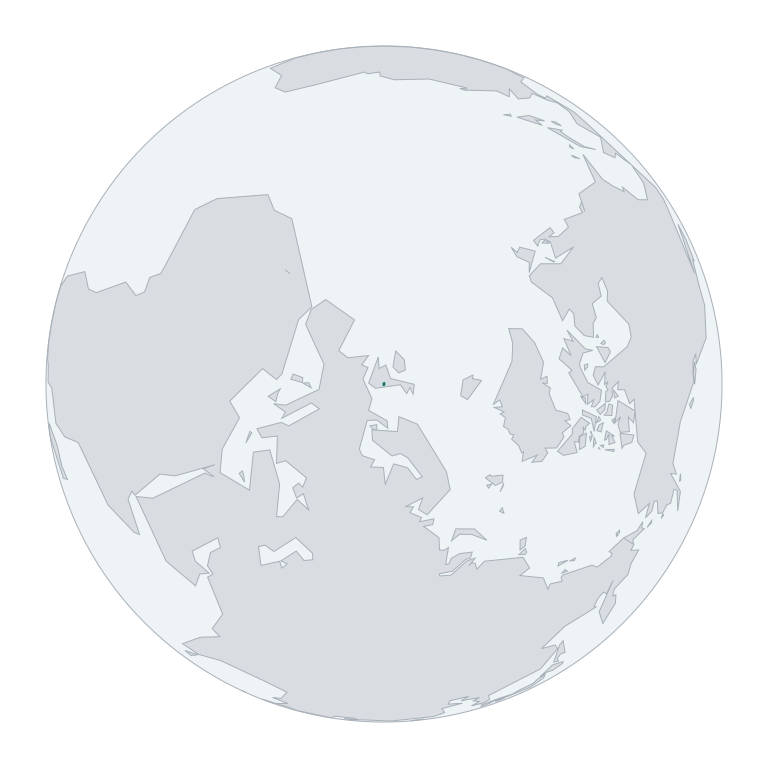 globe centered on North Lincolnshire, rotated 123°
{"feature_id": "GBR-2057", "entity_name": "North Lincolnshire", "entity_type": "Unitary Authority", "adm_level": 1, "iso_a3": "GBR", "parent_name": "United Kingdom", "parent_adm1": "", "projection": "orthographic", "projection_center": [-0.607, 53.583], "detail": "fine", "context": "on_globe", "style": "filled", "palette": "teal", "viewbox_px": 768, "rotation_deg": 123, "n_neighbors": 0, "source": "natural_earth", "source_scale": "10m", "svg_char_len": 10938}
<svg xmlns="http://www.w3.org/2000/svg" viewBox="0 0 768 768"><g transform="rotate(123 384 384)"><circle cx="384" cy="384" r="338" fill="#eef3f6" stroke="#a8b0b8"/><path d="M54.1,457.0L52.5,449.4L52.5,444.4L50.9,433.4L56.1,433.8L57.5,412.9L56.4,404.3L53.6,404.3L52.4,372.5L55.6,352.3L71.2,263.4L77.0,249.9L83.6,239.7L122.0,183.7L90.0,224.4L98.6,209.2L111.7,191.1L111.9,192.6L130.9,172.2L143.2,158.1L169.9,138.9L197.4,132.9L188.9,139.0L196.5,137.4L207.7,130.0L213.2,125.5L254.5,114.8L293.3,98.4L300.3,89.7L302.9,94.9L312.7,76.9L330.4,68.6L313.5,80.3L314.3,83.5L327.8,78.7L331.5,81.0L340.2,80.2L343.4,83.7L333.3,91.0L335.2,93.5L344.7,90.1L353.9,91.8L339.6,96.4L354.2,100.2L340.0,114.5L299.3,126.5L294.5,139.6L260.6,166.0L266.7,167.3L257.8,179.0L261.5,185.0L254.2,188.8L263.5,190.5L269.5,185.9L275.6,185.3L278.4,188.6L269.5,193.8L266.8,192.9L265.6,196.2L260.0,197.5L264.4,198.7L253.3,205.1L268.2,203.9L262.7,213.3L254.3,216.1L250.0,209.1L220.0,200.3L210.1,202.2L200.5,211.2L192.9,241.9L184.2,247.2L176.0,259.3L183.1,259.1L192.0,249.7L203.2,253.1L212.9,241.9L218.8,241.9L230.7,233.7L234.3,242.4L231.4,255.6L221.7,263.1L220.1,269.4L233.7,268.7L219.9,289.7L218.2,316.1L214.0,321.1L197.9,318.2L186.8,301.1L166.0,299.8L184.9,308.7L174.2,322.0L174.7,327.8L178.4,332.0L184.6,330.2L182.1,336.8L162.5,329.9L164.5,323.8L170.7,325.8L165.3,318.2L152.1,314.7L147.7,322.4L132.2,311.0L128.9,316.5L123.7,317.5L130.0,309.3L118.3,324.2L99.5,316.7L83.1,342.2L93.3,312.2L93.3,299.7L91.9,287.4L89.0,291.2L91.0,271.2L86.0,263.3L74.2,275.6L65.5,295.5L64.3,315.5L68.5,313.6L70.3,326.0L59.1,336.7L60.6,364.0L54.7,377.0L53.8,391.9L57.0,401.8L59.5,417.9L64.8,417.6L71.7,426.6L68.3,439.4L74.9,435.5L76.9,449.2L92.8,475.1L90.7,476.0L103.6,512.2L123.2,541.0L127.7,554.9L124.8,557.7L132.8,566.7L133.0,570.3L169.9,604.0L192.9,625.8L194.9,636.7L181.0,637.9L181.1,651.2L159.7,636.5L160.8,637.7L143.6,621.4L127.5,604.0L112.7,585.5L99.3,566.0L87.2,545.6L76.6,524.3L67.5,502.4L60.0,480.0L54.1,457.0ZM77.9,348.7L80.0,386.6L74.1,372.8L76.1,373.6L76.5,362.2L75.8,345.2L72.0,334.0L77.9,348.7ZM89.3,348.1L88.5,342.5L89.9,347.0L89.3,348.1ZM215.0,123.3L207.5,129.7L196.0,135.9L201.9,130.2L215.0,123.3ZM237.3,113.4L234.9,116.6L226.6,117.1L230.6,115.0L237.3,113.4ZM304.5,83.3L297.7,86.5L303.0,82.7L304.5,83.3ZM340.8,79.5L341.6,78.0L345.8,78.3L340.8,79.5ZM228.0,229.5L229.3,231.6L226.4,232.0L228.0,229.5ZM231.9,224.2L227.5,223.3L228.8,220.6L231.4,221.2L231.9,224.2ZM354.5,84.0L361.0,85.3L352.6,85.2L354.5,84.0ZM236.9,226.1L231.5,216.1L233.7,211.6L245.6,210.3L236.9,226.1ZM363.6,86.9L379.4,90.5L382.5,87.2L382.7,99.2L369.2,91.8L358.4,92.0L364.3,89.6L363.6,86.9ZM270.2,183.1L264.0,188.1L266.6,180.9L270.2,183.1ZM270.4,178.7L269.9,158.9L280.6,153.6L278.6,161.1L290.3,152.3L295.8,159.4L290.6,165.8L282.6,167.7L290.7,169.1L270.4,178.7ZM380.3,105.5L382.6,107.7L378.3,106.8L380.3,105.5ZM278.3,184.5L277.2,180.7L286.4,175.8L290.2,182.4L286.0,181.9L278.3,184.5ZM290.7,146.6L298.2,144.4L304.7,149.5L308.4,149.4L296.8,159.1L290.7,146.6ZM285.3,184.7L291.8,186.0L290.0,191.4L279.9,187.8L285.3,184.7ZM287.2,171.9L291.7,169.9L290.4,173.1L287.2,171.9ZM287.3,212.2L285.9,207.5L290.5,204.4L287.3,212.2ZM294.4,186.1L295.0,184.3L296.6,182.6L300.5,184.7L294.4,186.1ZM302.2,162.2L303.3,164.9L307.3,158.4L312.3,162.3L303.6,168.2L309.4,167.3L311.0,168.5L302.2,172.0L302.2,162.2ZM309.3,181.9L300.0,191.4L301.8,200.6L297.7,203.5L295.7,188.1L309.3,181.9ZM305.9,175.8L307.1,180.2L301.4,181.3L297.1,179.0L305.9,175.8ZM318.8,162.9L313.4,155.4L315.4,154.4L318.8,162.9ZM311.0,184.4L313.2,182.1L311.7,184.9L311.0,184.4ZM317.6,169.1L315.4,166.5L317.9,165.5L317.6,169.1ZM319.4,179.8L316.4,182.8L313.4,181.2L319.4,179.8ZM319.5,174.7L323.4,173.9L314.1,178.9L318.1,173.7L319.5,174.7ZM320.3,168.5L321.0,167.1L320.9,169.8L320.3,168.5ZM332.7,184.4L321.7,191.1L315.0,187.4L326.6,181.4L332.7,184.4ZM705.3,279.2L707.0,288.4L712.6,306.0L712.4,304.4L714.4,313.1L714.7,314.9L710.8,300.8L704.3,290.4L707.6,306.7L703.8,299.1L695.4,297.5L698.1,321.2L704.9,370.3L711.8,392.2L711.5,411.5L696.5,400.2L685.3,384.0L682.7,394.9L664.9,393.9L642.1,426.7L636.5,423.9L632.7,433.0L619.8,437.8L610.2,432.1L603.5,439.6L628.6,453.9L635.4,445.7L637.8,427.6L643.7,435.0L655.9,432.1L651.2,470.3L613.4,530.7L605.7,515.7L556.1,485.6L555.3,478.5L554.9,477.8L554.1,476.8L553.7,489.4L543.8,481.9L574.6,508.9L581.6,522.8L613.0,532.3L611.0,536.9L619.9,536.0L643.4,507.0L644.5,512.8L635.8,549.5L599.6,608.6L602.2,622.8L595.7,637.7L568.2,660.5L565.6,666.6L550.6,676.1L546.3,679.8L531.5,687.9L515.1,695.4L495.8,702.9L475.0,709.4L476.8,708.4L466.0,708.3L452.7,696.1L465.3,683.6L464.0,675.0L439.2,656.1L444.9,640.3L437.3,634.9L422.2,638.5L412.9,631.4L403.3,632.0L340.8,637.7L319.4,625.0L288.4,584.5L298.0,570.7L295.6,551.3L358.6,486.5L376.5,490.7L431.2,475.1L438.8,476.5L437.3,494.3L482.4,504.0L491.0,486.8L526.9,484.2L547.6,473.2L546.3,439.0L512.3,456.4L501.5,443.9L524.8,417.0L553.8,401.9L550.5,396.6L528.1,393.9L530.6,378.6L519.9,391.9L527.3,395.2L520.8,404.0L513.6,401.6L514.8,396.0L504.9,397.9L501.9,424.6L509.1,430.9L485.7,445.1L495.6,457.1L490.7,466.2L472.3,449.4L470.9,441.0L440.1,424.7L439.4,434.6L468.4,451.0L461.2,451.3L460.6,465.8L455.4,455.0L423.9,435.5L400.0,445.2L376.7,482.2L361.3,485.6L345.0,478.9L346.3,443.6L380.7,440.1L381.6,428.5L368.5,412.4L380.1,413.1L378.9,406.4L391.4,404.3L402.8,386.2L414.5,382.5L413.2,361.3L419.0,356.8L418.1,370.4L423.7,378.3L452.1,369.2L455.9,363.3L452.7,350.6L460.9,350.1L454.3,339.0L467.7,328.2L445.7,332.4L441.4,318.6L446.4,304.9L441.0,301.3L433.0,323.8L433.3,332.2L440.0,338.1L437.5,362.9L429.0,369.2L416.6,346.8L403.2,353.7L399.5,334.1L423.5,284.0L436.5,271.0L470.1,276.6L470.5,286.7L458.5,289.5L474.9,298.9L471.0,292.3L477.8,292.2L475.5,279.8L480.2,279.2L469.9,268.7L475.4,266.6L481.8,273.3L483.0,254.1L492.9,247.1L490.9,243.1L486.0,240.9L501.8,234.0L499.6,231.5L493.6,232.6L485.3,228.4L476.9,218.5L482.9,216.7L486.7,220.0L503.7,224.6L513.0,234.2L514.6,232.6L507.9,223.8L487.2,218.1L480.5,212.7L490.4,214.0L486.2,213.1L484.7,209.9L488.8,205.2L478.0,203.3L453.6,173.0L459.0,161.7L470.6,165.6L459.8,144.7L466.8,134.8L461.2,135.7L452.3,127.2L450.0,130.1L446.6,129.9L422.6,110.9L421.6,105.6L404.9,99.7L402.0,100.4L401.9,103.9L382.7,99.2L382.5,87.2L389.0,86.2L384.5,80.0L400.0,79.0L410.7,75.7L430.3,79.2L437.1,76.8L434.5,74.7L441.8,70.5L465.7,70.1L457.8,79.5L424.1,84.9L438.8,83.1L438.9,86.5L446.3,87.8L456.4,86.7L455.5,84.7L489.1,100.5L520.2,107.8L509.7,98.5L511.4,94.2L537.7,97.6L588.3,126.6L591.1,123.7L596.8,126.6L606.4,135.4L598.5,131.3L601.0,136.5L595.0,133.2L607.8,146.9L599.9,142.9L613.8,156.2L617.5,155.7L609.1,144.5L624.6,158.5L626.5,154.2L635.7,161.1L662.8,194.5L677.0,218.5L679.7,222.7L680.6,227.0L689.0,243.6L692.8,246.8L705.3,279.2ZM342.5,523.1L342.0,529.3L342.5,523.1ZM588.6,400.7L603.2,388.4L589.5,375.0L593.9,369.3L587.6,367.1L588.4,374.1L571.9,366.6L575.6,355.0L570.1,347.9L564.9,351.8L560.8,374.4L584.4,385.0L584.1,396.0L588.6,400.7ZM93.4,475.8L94.9,481.3L92.1,477.2L93.4,475.8ZM70.9,375.8L72.5,381.8L72.5,386.8L70.8,383.0L70.9,375.8ZM90.2,423.1L93.1,430.5L89.0,425.0L90.2,423.1ZM80.9,392.2L87.7,417.7L79.8,408.6L75.9,392.7L80.0,400.6L80.9,392.2ZM83.6,352.8L84.1,357.3L82.3,358.6L83.6,352.8ZM90.3,351.4L89.7,350.2L90.5,346.5L90.3,351.4ZM175.4,322.3L176.8,323.1L179.6,328.3L176.1,327.7L175.4,322.3ZM204.8,341.7L200.1,351.8L201.1,343.9L195.3,344.7L190.2,329.6L211.6,322.9L202.8,328.4L204.8,341.7ZM189.3,308.3L190.1,318.1L188.4,307.7L189.3,308.3ZM360.6,373.7L366.7,377.7L364.8,385.8L350.0,392.1L352.6,380.2L360.6,373.7ZM375.9,381.5L367.8,358.4L376.6,354.1L373.0,360.3L379.7,359.8L375.7,369.8L392.2,388.8L391.6,397.4L364.5,403.5L373.7,396.5L367.1,392.8L375.9,381.5ZM331.3,312.6L327.9,304.1L351.6,305.5L352.0,313.4L337.3,319.9L328.1,314.3L331.3,312.6ZM259.0,226.4L256.2,224.1L258.7,222.5L263.1,223.2L259.0,226.4ZM286.3,210.3L274.0,235.2L270.1,233.7L267.6,250.9L256.4,253.8L258.4,242.4L247.9,257.9L245.2,248.8L239.2,259.9L244.9,234.3L242.1,227.2L249.5,233.9L259.9,231.3L263.5,228.1L271.7,213.9L270.8,198.1L280.9,193.5L288.3,194.6L290.1,197.7L282.9,199.5L290.4,202.4L281.5,207.5L286.3,210.3ZM369.2,217.3L360.2,216.8L373.7,226.0L364.8,230.1L366.9,230.9L362.4,237.4L360.7,246.8L355.9,247.5L357.3,251.0L354.3,255.5L354.6,260.6L346.1,263.8L345.8,270.3L342.0,268.1L343.6,278.7L338.6,272.4L334.3,278.1L341.5,281.2L295.3,289.0L279.8,298.2L269.6,309.6L262.4,298.0L267.3,280.2L278.9,262.0L294.8,255.2L288.7,251.5L294.5,247.3L296.9,252.0L296.6,242.4L302.1,240.3L312.3,225.8L308.6,213.9L312.3,208.6L316.4,212.3L317.2,204.5L327.6,207.9L330.4,204.3L343.6,204.4L350.0,213.9L352.7,209.2L362.8,209.4L369.2,217.3ZM336.4,184.7L346.1,194.6L346.0,201.8L323.2,198.8L319.1,201.6L304.5,200.5L305.0,190.2L309.1,191.4L313.2,190.2L311.4,193.9L316.0,190.0L321.8,191.7L326.9,189.2L328.7,193.0L336.4,184.7ZM444.6,468.4L450.0,467.9L457.7,465.1L457.4,474.4L444.6,468.4ZM422.9,455.5L427.3,453.4L430.7,464.7L425.1,465.5L422.9,455.5ZM426.9,443.0L427.3,452.4L423.8,447.8L426.9,443.0ZM421.9,368.0L426.3,365.2L427.9,367.9L426.8,373.0L421.9,368.0ZM407.5,247.8L402.3,245.8L402.9,243.7L395.6,234.6L401.7,231.2L408.4,235.4L407.5,247.8ZM542.2,447.6L537.9,456.7L534.0,455.5L536.3,452.6L542.2,447.6ZM497.0,468.2L508.7,467.8L496.7,470.7L497.0,468.2ZM412.8,242.6L409.1,239.1L414.4,239.6L412.8,242.6ZM405.7,228.3L411.4,227.9L401.5,229.7L405.7,228.3ZM637.7,601.5L610.6,634.5L599.2,644.1L601.0,641.1L613.7,624.5L628.2,609.6L636.4,597.5L637.7,601.5ZM718.6,337.0L717.8,331.1L718.6,337.0ZM712.6,392.8L716.7,397.8L715.9,405.7L712.6,392.8ZM683.0,227.7L686.5,235.3L685.0,233.0L679.5,222.0L683.0,227.7ZM642.8,167.6L648.8,174.2L651.6,177.7L650.3,176.5L642.8,167.6ZM459.0,212.6L462.4,228.6L468.9,238.8L478.8,242.0L466.3,244.8L456.3,229.1L459.0,212.6ZM453.6,177.9L444.9,175.8L447.6,172.6L449.9,172.7L453.6,177.9ZM449.2,179.5L440.7,184.8L435.1,181.0L442.9,177.5L449.2,179.5ZM427.1,213.0L427.7,217.9L423.4,217.3L427.1,213.0ZM589.8,117.7L587.0,116.5L580.9,111.6L584.6,113.8L589.8,117.7ZM558.4,96.1L578.3,109.9L593.8,122.3L592.2,120.2L601.6,126.8L600.3,127.7L584.6,116.0L574.1,107.5L566.2,103.4L554.5,96.2L547.3,94.2L540.2,90.7L543.5,90.0L558.4,96.1ZM544.6,93.8L527.8,89.6L519.3,82.7L521.1,82.1L532.4,86.7L536.2,90.0L544.6,93.8ZM521.3,86.7L524.8,90.1L507.5,94.6L501.8,94.0L510.4,86.0L514.2,88.9L519.9,89.2L521.3,86.7ZM385.3,106.1L382.9,107.5L382.8,105.2L385.3,106.1ZM445.6,131.8L441.0,131.2L441.1,128.2L445.6,131.8ZM428.4,128.2L431.4,131.9L425.7,128.7L428.4,128.2ZM438.8,140.2L431.5,133.7L442.0,138.9L438.8,140.2Z" fill="#d9dde1" stroke="#a8b0b8" stroke-width="1"/><path d="M383.7,383.4L383.8,383.3L383.9,383.2L384.0,383.2L384.0,383.3L384.3,383.4L385.0,383.2L385.1,383.3L385.4,383.7L385.3,383.8L385.2,383.8L385.1,384.0L384.9,384.2L384.7,384.1L384.5,384.3L384.8,384.3L384.7,384.4L384.5,384.5L384.3,384.7L384.1,384.8L384.0,384.7L383.5,384.4L383.5,384.6L383.4,384.6L383.3,384.8L383.0,384.7L382.9,384.7L383.0,384.7L382.9,384.6L382.8,384.4L383.0,384.3L383.1,384.2L383.1,383.9L383.3,383.7L383.6,383.4L383.7,383.4Z" fill="#14b8a6" stroke="#0f766e" stroke-width="1.5"/></g></svg>